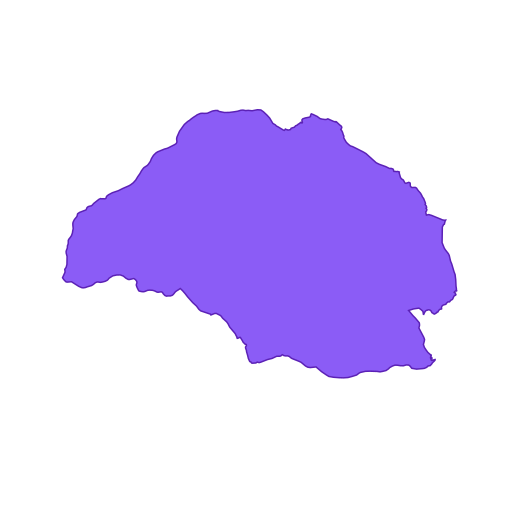 the district of Sarateni, Mures, Romania, rotated 165°
{"feature_id": "2599482B70321377135437", "entity_name": "Sarateni", "entity_type": "district", "adm_level": 2, "iso_a3": "ROU", "parent_name": "Romania", "parent_adm1": "Mures", "projection": "natural_earth1", "projection_center": [25.019, 46.575], "detail": "fine", "context": "isolated", "style": "filled", "palette": "violet", "viewbox_px": 512, "rotation_deg": 165, "n_neighbors": 0, "source": "geoboundaries", "source_scale": "gbopen_adm2", "svg_char_len": 6075}
<svg xmlns="http://www.w3.org/2000/svg" viewBox="0 0 512 512"><g transform="rotate(165 256 256)"><path d="M417.5,342.8L418.2,341.4L418.9,340.4L421.9,338.3L423.6,336.4L424.2,335.5L424.5,334.8L424.9,333.3L425.5,329.7L426.5,327.8L427.4,325.7L429.0,323.4L430.5,322.1L432.3,320.8L433.3,319.7L434.1,316.8L434.7,315.7L435.5,314.7L436.2,312.5L437.7,310.5L438.3,309.4L438.6,307.8L438.6,304.5L440.8,296.8L442.4,294.1L444.0,292.8L444.2,292.5L444.4,290.8L444.8,289.6L448.5,285.1L447.8,283.0L446.4,280.4L445.9,280.0L444.9,279.6L440.9,278.9L435.1,272.6L432.5,270.5L431.3,270.0L430.0,269.8L428.9,269.7L427.0,269.9L422.5,270.0L420.3,270.7L418.3,271.7L416.8,272.0L415.6,271.9L413.1,270.8L410.9,270.6L408.3,270.6L406.2,271.0L405.1,271.5L403.6,272.6L399.5,273.9L395.3,273.7L391.9,272.8L389.3,270.9L387.4,268.2L385.5,266.4L384.2,266.0L380.2,265.9L379.7,265.7L378.9,264.8L378.5,264.3L377.8,262.5L377.8,261.7L378.1,260.7L378.9,259.6L379.2,258.5L379.0,256.3L378.3,252.8L377.5,252.1L375.5,251.1L374.0,250.6L372.7,250.5L369.5,250.9L367.6,250.6L364.7,249.6L363.1,248.6L360.9,246.7L359.8,246.3L357.1,246.0L356.4,245.7L355.7,244.8L355.4,243.6L354.2,241.4L353.3,240.7L352.6,240.3L351.7,240.3L349.0,239.6L347.1,239.7L345.8,240.3L343.1,242.3L341.6,242.9L339.8,243.4L337.6,244.2L335.9,241.5L334.2,238.0L332.7,234.4L329.2,227.4L326.4,223.0L325.0,219.3L323.6,217.3L314.9,211.5L314.8,210.7L310.8,211.2L309.2,210.8L305.7,207.7L305.2,206.8L304.3,204.5L301.4,200.0L300.6,197.9L299.8,194.1L296.1,186.2L296.0,185.2L295.4,182.7L295.6,181.9L295.4,181.3L294.1,181.3L293.1,181.6L292.2,181.4L291.0,177.4L290.8,176.2L289.4,173.7L289.2,173.5L288.7,173.4L288.3,173.0L288.3,172.4L288.6,171.7L289.6,170.9L289.9,170.0L289.7,167.1L289.9,166.0L289.8,162.3L289.9,159.0L289.4,155.9L289.0,155.3L288.4,155.1L288.0,153.8L287.2,153.4L283.8,152.7L282.3,153.2L280.6,152.2L278.9,152.2L271.7,153.0L267.0,152.9L262.0,153.8L258.8,153.0L257.7,153.1L256.6,153.7L256.0,153.8L255.0,152.7L254.1,152.2L252.9,151.7L251.6,151.5L249.9,150.4L248.5,148.4L247.7,147.6L241.8,143.2L240.0,141.7L236.7,137.0L234.8,135.2L232.5,134.2L226.7,133.3L222.6,127.3L218.8,122.9L216.8,120.8L212.5,118.8L207.4,117.0L203.1,115.7L198.6,114.8L194.2,114.8L189.6,115.0L186.7,116.2L185.2,116.5L180.2,116.3L175.9,115.3L169.0,113.2L166.2,112.0L163.9,111.8L160.1,111.7L157.2,112.7L155.8,113.6L152.7,114.4L150.1,114.6L147.9,114.0L145.0,112.7L142.0,111.8L139.1,111.9L136.7,111.1L135.7,109.8L134.6,107.2L130.2,105.2L124.1,104.1L122.4,103.9L120.4,104.2L118.8,104.8L118.2,105.3L116.2,105.0L114.4,106.1L113.2,107.2L110.8,108.5L109.8,109.3L109.8,109.7L113.3,109.6L113.7,110.0L113.8,112.6L113.6,112.8L112.6,111.5L112.4,111.9L113.0,113.4L113.2,114.2L112.9,114.5L112.5,114.6L112.4,115.0L113.3,115.9L115.0,118.5L116.1,121.4L117.0,124.1L117.2,127.2L115.3,130.5L114.8,131.8L115.0,134.1L117.3,144.3L116.1,146.4L115.7,147.9L115.6,149.3L118.2,154.9L119.8,157.7L122.7,163.9L117.4,164.1L112.3,163.5L111.9,163.3L110.2,161.1L109.1,159.3L109.4,156.4L109.1,156.2L107.8,157.8L106.5,159.0L105.3,159.4L104.2,159.3L103.7,159.5L102.7,159.2L101.9,158.7L101.2,157.8L100.7,155.7L100.1,155.2L99.5,154.3L98.6,153.7L98.2,153.8L96.2,154.4L95.8,154.9L95.0,154.8L94.6,155.0L94.3,155.5L92.6,156.8L91.8,156.9L90.5,156.8L90.3,157.2L90.2,158.3L89.5,159.3L88.8,159.8L87.7,160.2L85.1,160.2L84.4,161.0L82.9,161.8L82.2,162.0L81.3,161.6L80.6,161.8L79.6,162.7L77.7,163.2L77.1,163.6L75.5,165.6L74.8,166.2L73.3,166.5L72.9,166.9L73.3,167.8L72.9,168.5L73.9,169.7L73.2,170.2L72.2,170.7L71.5,170.6L71.3,170.4L71.0,170.9L71.2,171.8L70.9,172.5L70.6,175.1L69.2,181.6L68.5,186.5L68.8,189.6L69.0,197.6L69.4,200.6L69.2,206.6L69.6,208.5L71.4,212.7L72.1,214.8L72.8,220.7L68.5,235.8L66.7,237.8L65.8,238.0L64.1,241.2L63.8,241.2L63.5,241.6L64.5,241.7L66.5,242.6L75.9,249.8L78.4,251.3L80.8,251.4L80.8,253.7L80.4,254.9L79.5,255.5L78.9,256.8L79.4,258.1L78.6,258.8L78.6,260.3L79.3,261.9L78.7,262.8L78.7,264.0L79.2,268.2L79.6,269.1L80.1,270.5L80.1,271.2L80.8,274.0L82.5,277.4L83.4,280.1L84.5,281.1L87.7,281.8L88.4,282.6L88.8,283.7L88.2,286.5L88.6,287.0L89.3,287.6L92.4,287.4L93.3,288.1L94.0,291.2L95.4,292.8L96.1,294.3L96.2,299.2L95.8,300.0L96.4,300.5L97.6,301.1L98.8,301.2L99.8,301.8L100.8,301.9L101.1,302.5L100.9,303.4L101.2,304.6L102.7,305.6L104.4,306.0L107.6,308.8L113.2,312.7L115.8,315.0L123.2,326.4L125.1,328.4L130.3,333.1L134.3,336.6L136.3,337.9L137.6,339.6L139.2,342.2L139.6,343.3L140.6,347.1L140.6,347.9L140.1,348.9L140.1,349.4L140.3,350.1L140.4,353.2L140.9,355.6L141.3,355.9L141.4,356.2L140.2,357.4L139.8,358.1L139.8,358.5L140.2,359.7L141.2,360.9L143.6,364.8L144.0,365.1L144.3,364.8L146.3,366.0L151.1,369.9L152.4,369.7L153.8,369.9L156.9,371.2L158.6,372.2L160.8,375.0L164.2,377.9L165.8,379.0L166.9,377.8L167.3,376.6L168.6,376.3L172.8,376.6L175.3,376.4L176.4,375.6L176.6,374.6L176.6,373.0L177.0,372.6L177.8,372.9L178.1,373.5L178.5,373.5L179.5,372.8L181.1,372.4L182.3,371.8L184.1,371.5L185.6,370.5L187.7,370.4L189.0,370.3L190.0,369.2L192.5,369.3L193.3,370.0L193.9,370.2L194.8,371.0L195.6,370.3L196.2,370.0L196.9,370.5L201.5,375.3L202.6,376.2L203.4,377.7L205.4,379.7L207.1,385.7L208.9,389.2L211.5,393.4L213.5,395.8L216.7,396.9L222.2,397.3L225.9,398.7L228.3,399.1L230.8,400.3L232.9,400.7L236.2,400.6L240.2,401.0L244.6,401.6L249.4,402.8L253.7,404.9L255.1,405.9L255.2,406.4L257.2,407.0L258.9,407.2L260.7,407.3L266.1,406.5L268.9,407.1L271.0,407.8L272.8,408.1L274.4,407.9L276.4,407.6L277.6,407.1L280.2,406.3L283.1,405.2L285.8,403.9L286.1,404.0L287.6,403.4L291.2,401.6L297.6,396.3L301.6,391.3L302.4,389.6L302.8,386.9L303.2,386.1L304.1,385.2L305.6,384.7L312.6,383.2L314.1,383.0L316.8,383.0L323.9,382.1L325.7,381.6L328.6,380.0L329.5,379.3L331.8,377.1L333.6,374.7L336.3,372.4L337.6,371.6L341.3,370.4L342.5,369.6L344.6,367.9L346.7,365.7L349.8,363.1L352.5,360.5L355.6,358.5L358.7,357.2L360.7,356.7L367.3,355.7L372.1,354.7L378.4,354.3L382.7,353.3L384.7,352.4L385.2,351.9L385.8,350.8L386.6,350.4L387.4,350.4L388.8,350.9L390.3,351.2L391.3,351.7L393.1,351.4L399.1,348.8L401.2,347.4L402.0,347.1L404.6,347.2L406.0,346.9L406.9,346.3L407.8,345.0L408.4,344.5L415.1,343.8L417.1,343.1L417.5,342.8Z" fill="#8b5cf6" stroke="#5b21b6" stroke-width="1.5"/></g></svg>